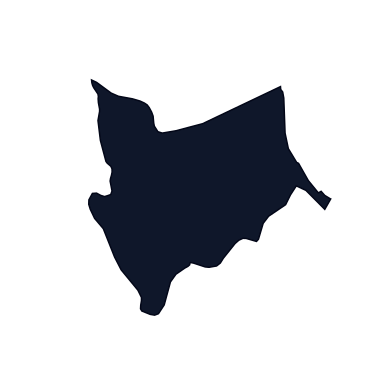 outline of Lanao del Sur, rotated 200°
{"feature_id": "PHL-2574", "entity_name": "Lanao del Sur", "entity_type": "Province", "adm_level": 1, "iso_a3": "PHL", "parent_name": "Philippines", "parent_adm1": "", "projection": "natural_earth1", "projection_center": [124.383, 7.829], "detail": "fine", "context": "isolated", "style": "filled", "palette": "ink", "viewbox_px": 384, "rotation_deg": 200, "n_neighbors": 0, "source": "natural_earth", "source_scale": "10m", "svg_char_len": 1384}
<svg xmlns="http://www.w3.org/2000/svg" viewBox="0 0 384 384"><g transform="rotate(200 192 192)"><path d="M144.9,321.3L143.7,318.7L141.0,317.0L137.9,311.7L124.7,279.2L116.3,265.7L103.8,255.6L101.7,255.4L86.6,242.5L73.0,234.4L70.9,236.8L66.1,234.2L59.6,232.9L59.3,232.9L61.3,221.1L85.5,232.5L96.1,233.4L98.5,222.9L99.7,212.1L111.7,195.5L114.4,186.9L113.4,170.3L114.5,167.6L125.2,166.9L128.3,165.9L131.5,162.7L133.9,158.3L139.9,140.5L141.1,134.9L143.6,130.9L150.2,127.1L154.0,126.1L166.3,125.7L169.3,125.2L169.6,124.3L169.3,122.8L170.4,120.7L172.7,118.1L179.0,109.2L181.5,100.1L179.5,76.4L181.9,66.2L182.2,65.9L185.0,63.5L189.4,62.7L198.4,63.0L200.4,64.6L201.5,68.2L202.3,72.5L203.4,75.6L209.2,81.2L231.9,94.6L242.5,104.4L262.8,127.2L274.5,133.9L281.7,141.0L284.8,145.1L286.2,149.4L285.1,156.6L281.3,158.3L276.6,157.6L272.6,157.8L270.2,159.6L267.5,161.8L267.5,165.6L272.7,174.3L273.2,176.9L273.4,180.1L273.9,183.4L275.1,186.4L277.0,188.4L281.5,190.1L283.3,191.3L295.7,209.1L304.8,227.0L306.4,236.1L307.2,238.3L310.5,243.9L312.1,247.5L312.7,249.8L313.9,251.9L319.9,256.3L321.8,258.1L323.4,260.3L324.7,262.9L319.2,262.4L301.8,257.3L293.9,256.8L279.8,259.2L272.0,259.7L267.2,259.3L263.9,258.5L261.0,256.6L257.3,253.3L254.5,250.0L251.5,243.6L249.9,241.0L244.7,237.0L240.1,237.2L228.3,243.9L205.4,259.8L145.0,321.2L144.9,321.3Z" fill="#0f172a" stroke="#020617" stroke-width="1.5"/></g></svg>